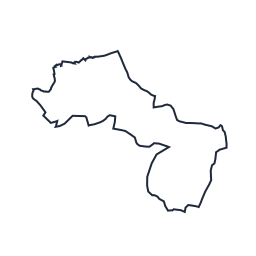 Danja, Katsina, Nigeria, rotated 191°
{"feature_id": "59680162B42687104490462", "entity_name": "Danja", "entity_type": "district", "adm_level": 2, "iso_a3": "NGA", "parent_name": "Nigeria", "parent_adm1": "Katsina", "projection": "mercator", "projection_center": [7.63, 11.408], "detail": "fine", "context": "isolated", "style": "outline", "palette": "slate", "viewbox_px": 256, "rotation_deg": 191, "n_neighbors": 0, "source": "geoboundaries", "source_scale": "gbopen_adm2", "svg_char_len": 4448}
<svg xmlns="http://www.w3.org/2000/svg" viewBox="0 0 256 256"><g transform="rotate(191 128 128)"><path d="M228.5,147.8L228.4,147.6L228.2,147.4L227.8,146.8L227.8,146.7L228.1,146.2L228.3,144.9L228.5,143.6L228.3,142.2L228.1,140.8L227.6,140.0L227.1,139.1L225.5,138.2L222.8,137.0L218.0,133.3L212.0,127.6L213.5,124.0L204.7,118.3L202.2,119.5L199.9,120.7L198.8,121.4L198.9,119.4L199.0,116.1L199.2,115.4L196.1,116.6L195.7,116.8L195.4,116.9L191.1,120.1L184.7,129.4L172.5,131.4L172.4,131.4L170.9,130.4L167.1,122.9L166.2,123.5L162.0,125.1L156.4,128.3L153.8,130.3L151.6,132.8L150.3,135.3L148.3,137.1L142.7,137.0L142.1,131.5L142.3,124.6L133.7,124.7L129.8,124.5L123.5,121.8L119.5,120.0L118.0,117.2L117.0,115.2L115.9,114.1L113.3,112.8L109.1,113.0L105.8,113.3L103.3,113.8L100.5,116.8L99.6,118.0L94.7,118.6L86.3,117.5L84.2,117.1L94.9,107.5L98.0,97.8L99.8,83.7L98.2,75.0L96.0,69.5L92.5,67.3L91.9,67.0L91.8,66.8L91.7,66.7L91.3,66.6L91.1,66.6L90.9,66.6L90.6,66.7L90.4,66.8L90.1,67.0L88.9,67.0L86.0,66.3L83.8,64.4L78.8,62.8L76.6,58.6L72.9,54.5L70.5,55.3L68.7,55.6L67.7,56.9L64.9,57.1L62.0,57.3L60.3,57.4L56.3,56.4L56.3,60.9L54.1,63.9L46.6,64.2L45.2,64.1L44.1,64.0L43.5,63.9L42.2,69.3L41.8,72.1L40.0,80.6L37.6,87.8L36.4,92.6L38.7,102.1L38.4,107.5L36.4,109.7L36.3,114.3L36.9,121.1L35.2,122.7L34.1,124.1L27.5,127.5L27.7,128.1L28.1,130.7L28.7,132.8L29.8,136.1L30.2,137.7L32.3,142.4L34.5,144.1L35.6,146.7L36.3,147.8L37.8,148.4L39.1,145.9L42.0,144.2L46.0,145.7L46.5,145.7L51.1,145.9L52.7,145.9L55.7,146.3L57.7,146.4L58.5,146.1L60.9,145.8L64.5,145.3L68.4,144.7L71.9,144.0L78.9,144.4L81.4,145.3L83.9,149.5L84.1,149.9L87.0,155.2L90.4,158.1L94.1,158.5L96.6,157.4L97.9,156.4L99.0,155.8L101.6,155.0L106.7,153.1L107.6,157.4L107.4,161.0L107.5,164.5L107.8,164.5L109.1,164.6L111.8,165.2L114.0,166.6L115.7,167.4L116.2,167.7L119.5,168.3L122.9,169.4L125.5,171.6L128.8,173.7L133.0,174.7L135.1,176.0L137.0,177.9L139.5,182.7L141.3,184.8L145.2,190.6L148.5,195.7L149.9,197.6L151.6,200.1L152.8,201.5L152.9,201.4L158.7,198.3L163.6,195.2L164.2,194.9L165.2,194.4L167.1,193.7L169.4,192.9L171.0,192.3L174.2,191.7L174.3,191.5L174.4,191.3L174.4,191.1L174.9,191.0L175.0,191.1L175.5,190.8L175.3,190.7L175.2,190.6L175.5,190.4L175.7,190.2L176.1,190.0L176.4,190.0L176.6,190.3L177.0,190.5L177.9,190.6L178.2,190.4L178.3,190.1L178.5,190.0L178.9,190.1L179.0,190.0L179.2,189.9L179.4,190.0L179.5,190.1L179.5,189.8L179.8,189.6L180.8,189.3L180.9,188.9L181.1,188.8L181.7,188.3L182.1,188.1L182.7,187.6L182.6,187.4L182.6,187.0L182.6,186.8L182.7,186.7L182.8,186.3L184.9,187.7L185.2,187.9L185.4,187.5L185.5,187.5L185.6,187.3L185.7,186.9L185.9,186.6L186.4,186.0L186.6,185.7L186.8,185.7L187.1,185.5L187.6,184.5L187.9,184.1L188.2,183.9L188.4,183.5L188.5,183.3L188.6,183.0L189.0,182.8L189.4,182.8L189.6,182.9L189.8,183.0L190.1,183.1L190.3,183.1L190.5,183.0L190.8,183.1L191.0,183.1L191.4,183.1L191.6,183.1L192.1,182.9L192.3,182.9L192.6,182.8L192.9,182.8L193.4,182.8L193.5,182.9L193.3,182.5L193.2,182.2L193.0,181.9L192.9,181.5L192.8,181.3L192.7,181.2L192.8,181.2L193.0,181.1L193.4,181.3L193.7,181.2L194.1,181.1L194.3,181.0L194.6,181.0L194.8,181.2L195.0,181.2L195.6,181.3L195.9,181.4L196.0,181.5L196.3,181.5L205.0,180.9L205.1,179.5L205.3,179.0L205.4,178.7L205.4,178.3L205.4,177.7L205.3,177.1L205.2,176.5L205.4,176.5L205.6,176.5L205.7,176.4L205.8,176.9L205.9,177.3L206.0,177.6L206.1,177.8L206.4,177.7L206.8,177.6L207.0,177.5L207.3,177.5L207.6,177.4L207.9,177.3L208.2,177.1L208.3,177.0L208.6,176.8L209.1,176.4L209.5,176.6L209.8,176.6L210.0,176.6L210.1,176.4L210.6,176.0L211.6,174.8L210.7,174.2L211.6,173.7L212.3,173.2L212.8,172.8L212.8,172.6L211.8,170.5L210.8,168.0L210.4,166.8L210.5,166.7L211.2,166.4L209.8,163.4L209.3,162.3L208.7,160.2L208.9,159.1L209.4,157.8L210.1,155.9L210.6,154.7L210.9,153.2L211.1,153.0L211.2,152.3L211.1,151.5L212.0,149.7L212.1,149.4L212.2,149.2L212.3,149.1L212.5,148.7L212.8,148.5L212.9,148.4L213.2,148.4L213.7,148.3L214.0,148.2L214.4,148.1L215.3,148.1L215.5,148.0L215.9,148.1L216.0,148.1L216.4,148.0L216.8,148.0L217.0,147.9L217.5,147.7L217.8,147.8L218.0,147.9L218.6,148.0L218.9,148.1L219.5,148.2L220.1,148.2L220.4,148.2L220.6,148.3L221.0,148.5L221.4,148.7L221.6,148.8L221.7,149.0L222.2,149.1L222.5,149.1L223.4,149.2L223.5,149.3L223.7,149.5L224.1,149.4L224.5,149.3L225.0,149.2L225.5,149.0L225.8,148.9L226.0,148.8L226.3,148.8L226.6,148.7L226.8,148.6L227.1,148.4L227.4,148.3L227.6,148.1L227.8,148.0L228.0,148.0L228.2,147.9L228.3,147.8L228.5,147.8Z" fill="none" stroke="#1e293b" stroke-width="2"/></g></svg>